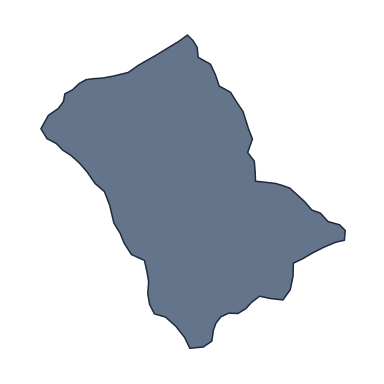 outline of Ibirité, Minas Gerais, Brazil, rotated 185°
{"feature_id": "56859067B8022676764882", "entity_name": "Ibirité", "entity_type": "district", "adm_level": 2, "iso_a3": "BRA", "parent_name": "Brazil", "parent_adm1": "Minas Gerais", "projection": "orthographic", "projection_center": [-44.071, -20.022], "detail": "fine", "context": "isolated", "style": "filled", "palette": "slate", "viewbox_px": 384, "rotation_deg": 185, "n_neighbors": 0, "source": "geoboundaries", "source_scale": "gbopen_adm2", "svg_char_len": 1190}
<svg xmlns="http://www.w3.org/2000/svg" viewBox="0 0 384 384"><g transform="rotate(185 192 192)"><path d="M207.5,65.1L196.4,56.8L186.7,46.5L180.5,36.1L167.2,38.6L159.2,45.2L158.7,56.0L156.6,63.7L152.2,70.3L144.8,74.5L135.6,75.0L128.1,80.6L123.2,87.1L115.6,94.1L104.7,92.7L92.0,92.4L85.6,103.2L84.0,117.0L84.8,129.9L75.4,135.5L66.1,142.1L55.8,148.5L44.4,154.5L36.0,157.2L36.0,167.0L42.1,172.2L53.9,174.4L62.3,182.2L71.0,184.5L79.1,192.3L94.9,204.4L102.5,206.4L109.6,207.8L119.8,208.1L129.7,208.3L130.7,216.8L132.6,228.1L140.0,236.2L136.4,250.0L141.3,260.0L144.5,267.7L148.1,276.5L155.1,285.1L162.3,294.7L174.1,299.9L179.0,311.0L184.7,320.9L197.6,326.7L199.4,336.4L204.3,343.0L210.3,347.9L218.8,340.5L229.0,333.1L240.2,324.8L250.0,318.1L256.5,313.5L266.0,305.5L280.5,300.6L291.1,297.7L299.5,296.4L307.3,294.7L313.8,290.3L319.9,283.4L327.2,278.7L328.0,270.8L332.5,263.5L341.8,255.8L348.0,241.8L341.0,232.4L331.4,228.5L324.4,222.4L315.5,217.7L306.8,211.1L298.3,202.9L289.4,192.1L279.3,184.8L272.8,171.5L267.1,154.2L259.8,144.3L255.4,135.5L246.9,124.4L233.4,119.7L229.8,108.2L227.4,98.8L227.2,86.8L224.5,76.4L218.8,67.3L207.5,65.1Z" fill="#64748b" stroke="#1e293b" stroke-width="1.5"/></g></svg>